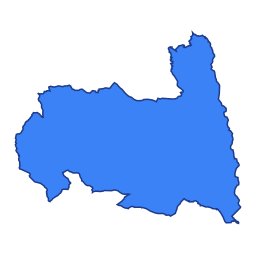 Bala, Mehedinti, Romania
{"feature_id": "2599482B80855070454238", "entity_name": "Bala", "entity_type": "district", "adm_level": 2, "iso_a3": "ROU", "parent_name": "Romania", "parent_adm1": "Mehedinti", "projection": "albers", "projection_center": [22.826, 44.908], "detail": "fine", "context": "isolated", "style": "filled", "palette": "blue", "viewbox_px": 256, "rotation_deg": 0, "n_neighbors": 0, "source": "geoboundaries", "source_scale": "gbopen_adm2", "svg_char_len": 5746}
<svg xmlns="http://www.w3.org/2000/svg" viewBox="0 0 256 256"><path d="M235.0,176.2L235.0,173.1L235.8,169.9L236.6,168.1L239.0,165.6L239.1,164.9L238.2,162.8L237.3,162.3L236.6,159.0L234.5,158.7L234.6,157.9L233.9,156.8L233.7,153.4L233.0,150.0L231.6,149.7L230.6,148.4L230.6,146.0L231.9,144.1L232.3,142.6L232.3,141.0L232.9,140.1L232.9,138.6L232.0,135.3L232.5,133.6L230.5,130.8L228.8,130.2L229.3,129.6L229.4,128.5L228.8,127.6L228.2,127.3L227.3,125.0L227.5,122.0L228.3,120.4L228.1,119.5L226.9,117.1L224.8,116.6L223.9,113.7L223.9,112.3L226.0,111.4L226.2,109.4L226.0,108.2L223.7,106.1L221.9,105.4L221.3,103.1L218.4,99.2L219.3,93.7L219.6,85.9L219.2,84.4L218.4,83.7L217.8,82.5L216.8,81.8L216.4,80.9L216.3,79.6L215.5,77.8L214.6,71.8L213.8,70.6L213.0,70.5L211.4,69.3L211.1,68.6L212.1,67.1L211.0,64.7L211.0,64.2L212.3,62.7L212.7,61.3L212.6,59.7L212.8,59.0L214.6,56.4L214.4,54.7L213.1,53.2L212.6,50.4L211.9,49.0L211.7,47.9L210.3,46.2L210.2,45.5L210.6,44.3L210.5,43.9L209.5,42.0L208.3,42.0L208.4,40.8L206.6,38.1L206.2,37.9L205.8,38.4L205.4,38.1L205.7,37.6L205.3,37.1L204.9,37.5L204.7,36.6L203.6,36.5L202.5,35.3L200.5,36.0L199.1,36.1L198.6,35.8L197.8,36.1L196.2,35.3L195.6,34.6L194.2,34.4L192.6,32.6L192.8,33.7L192.6,35.3L191.9,36.1L190.9,36.6L191.7,38.6L191.0,38.8L190.6,40.0L189.4,40.6L189.0,41.4L190.5,43.4L189.8,43.9L191.3,45.0L191.1,45.2L190.4,45.1L190.2,45.8L188.7,45.7L185.5,47.4L184.1,47.5L183.5,46.9L184.4,46.5L184.5,45.9L183.8,45.0L182.6,44.9L180.8,45.6L178.9,45.8L177.6,47.5L175.7,49.3L176.2,51.0L172.0,48.2L172.0,47.4L171.1,48.1L170.9,47.8L171.2,47.4L171.1,47.0L170.2,46.9L168.8,47.7L168.4,48.2L168.7,49.7L169.3,50.4L169.5,51.6L169.2,51.8L169.3,52.4L170.6,52.8L171.3,55.5L170.8,56.6L171.8,57.5L170.9,57.7L171.4,58.8L170.7,59.2L171.4,59.6L170.6,60.6L170.9,61.0L172.9,61.5L172.4,62.5L172.6,63.4L171.2,63.2L170.7,63.6L171.6,64.6L171.5,65.1L172.7,66.2L171.8,66.9L172.0,67.4L171.7,68.3L172.1,68.8L171.3,69.1L171.0,71.1L172.1,72.4L172.6,74.0L174.6,76.4L177.3,80.7L177.6,82.1L177.2,85.0L177.5,85.8L179.4,87.7L180.3,88.1L183.2,90.7L183.0,92.0L181.1,92.2L180.5,92.6L180.9,93.0L181.0,93.5L181.9,94.1L181.4,94.9L181.2,95.9L178.3,96.5L177.0,98.1L175.0,98.9L172.1,99.0L162.3,98.3L160.2,99.0L158.0,98.3L156.4,101.7L152.4,100.0L147.6,99.3L143.7,99.5L143.5,99.9L141.2,100.6L137.1,100.7L134.3,99.6L131.3,97.2L129.9,96.9L127.8,95.6L125.1,93.1L122.0,89.3L120.6,88.4L118.1,85.8L117.2,84.5L114.5,82.7L113.0,84.2L109.6,88.5L105.9,87.9L104.3,88.2L103.3,88.7L99.1,89.1L99.2,89.9L98.8,90.4L98.1,90.4L98.3,91.6L97.9,92.6L97.3,92.3L96.0,92.5L95.5,91.2L92.8,90.6L91.8,91.2L90.2,93.0L87.5,92.8L86.5,92.5L82.2,89.2L80.3,89.4L78.6,90.4L74.7,90.3L73.7,89.4L72.2,89.1L71.7,88.0L71.0,87.3L70.9,86.3L69.3,85.2L67.5,85.9L64.1,86.0L63.6,86.5L62.3,86.6L58.6,85.9L54.3,87.1L50.6,86.3L48.8,87.0L49.1,88.6L49.9,90.9L49.1,90.5L46.6,90.9L46.3,91.5L44.3,91.5L43.7,93.3L43.0,93.8L39.0,93.8L37.7,93.2L39.7,95.2L39.5,96.8L38.4,98.7L38.5,99.9L38.8,100.8L39.9,101.6L41.6,104.5L41.5,107.1L43.0,110.5L42.8,112.5L43.0,113.2L42.7,114.0L43.2,117.2L41.9,117.1L42.0,116.7L40.3,115.2L39.7,114.2L37.2,112.5L35.1,112.9L33.4,112.6L32.9,113.8L32.0,114.5L31.8,116.2L30.4,117.5L30.1,118.3L28.3,120.0L28.0,120.7L26.4,121.4L25.4,122.6L24.5,125.0L23.7,125.6L22.8,127.1L23.1,129.1L21.1,132.7L19.2,134.0L17.8,133.8L16.3,134.5L15.6,138.0L15.5,138.4L16.0,138.9L16.2,139.6L15.5,142.4L16.4,143.3L15.4,144.7L15.4,145.1L17.0,148.9L16.5,149.2L16.0,150.5L16.6,151.8L18.1,153.4L18.3,154.4L19.2,155.2L19.3,155.7L18.7,155.8L19.2,157.0L18.7,158.7L18.7,160.0L19.4,161.0L19.8,163.4L19.6,164.7L19.9,165.3L19.9,166.5L19.3,167.2L19.6,168.9L21.4,169.4L29.4,173.1L30.2,174.1L30.1,174.9L29.3,175.8L29.7,176.8L34.7,181.8L40.5,183.3L43.9,185.7L44.6,187.0L46.8,188.7L47.3,190.1L46.5,191.4L46.7,192.1L46.5,193.0L47.1,194.2L46.8,194.9L47.3,196.8L48.4,198.0L48.4,200.6L48.6,201.0L50.0,201.6L50.2,201.0L51.5,200.2L52.9,198.5L56.5,196.1L57.5,195.8L59.5,193.7L60.6,193.0L60.7,192.3L61.1,192.2L61.6,191.4L62.1,189.6L63.9,189.2L68.0,189.4L68.3,188.1L68.9,187.7L69.0,184.8L70.3,183.5L69.9,183.1L70.5,182.8L68.8,180.8L67.9,178.5L66.4,177.7L63.8,175.6L62.7,172.7L65.3,171.4L66.1,170.7L67.8,170.1L69.8,171.7L70.9,171.8L72.9,172.9L75.3,173.0L76.9,172.7L78.9,173.4L79.4,174.0L80.3,177.1L81.4,178.8L81.7,180.0L81.7,180.8L82.9,181.4L85.7,184.7L87.5,185.6L89.8,185.6L91.9,187.2L92.5,187.3L92.8,188.4L91.8,189.9L92.6,190.9L92.5,192.4L93.4,191.7L95.5,191.2L100.4,191.5L103.5,191.0L104.4,190.5L111.4,190.7L114.9,189.9L118.2,190.9L120.1,192.5L122.6,193.9L125.4,194.4L126.9,194.0L129.3,194.3L124.7,197.1L124.0,198.9L121.6,201.4L117.2,204.6L118.9,205.4L121.4,205.8L122.7,206.9L125.3,208.1L126.7,208.1L128.2,208.7L128.4,208.6L128.5,208.1L131.5,206.4L133.9,206.7L134.0,207.1L134.7,207.3L141.1,207.2L141.7,207.8L143.0,207.6L146.6,208.8L150.4,211.1L155.1,212.9L157.8,213.5L162.5,213.5L164.8,214.0L165.2,214.7L166.2,215.2L169.1,215.0L170.5,216.1L175.3,213.4L176.4,210.0L176.7,209.7L177.2,207.2L178.2,205.4L179.8,204.1L181.0,201.9L184.1,198.7L184.6,198.9L185.3,199.9L186.5,200.0L187.1,200.8L188.8,200.8L188.4,201.3L189.5,201.9L193.5,201.8L193.9,201.1L195.5,200.7L198.0,202.2L197.8,203.4L200.2,204.5L200.3,205.7L201.9,205.5L205.5,206.9L208.0,206.9L211.4,207.8L212.4,208.6L216.0,208.9L216.2,209.3L216.8,209.7L217.0,209.6L216.6,209.1L216.9,208.7L218.3,209.8L220.8,213.0L223.2,217.2L224.8,221.2L226.1,222.8L231.0,222.6L232.1,221.0L233.6,221.4L234.9,220.9L235.5,221.2L236.4,222.7L238.5,223.4L238.7,222.5L237.8,221.4L236.3,221.4L235.6,220.0L234.1,219.5L233.9,218.2L232.8,217.7L232.3,216.5L231.9,216.2L240.2,207.9L240.6,207.0L238.8,204.9L238.2,203.4L239.3,200.2L236.8,196.4L235.3,195.3L234.4,193.1L234.9,189.4L235.6,187.9L237.1,185.4L238.6,184.8L238.8,184.2L238.8,182.4L237.9,179.1L238.0,177.5L235.9,176.9L235.0,176.2Z" fill="#3b82f6" stroke="#1e3a8a" stroke-width="1.5"/></svg>